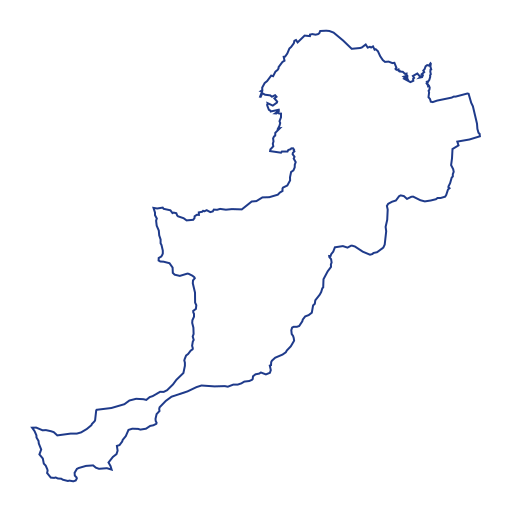 outline of Sadu, Sibiu, Romania
{"feature_id": "2599482B14009077199366", "entity_name": "Sadu", "entity_type": "district", "adm_level": 2, "iso_a3": "ROU", "parent_name": "Romania", "parent_adm1": "Sibiu", "projection": "robinson", "projection_center": [24.148, 45.645], "detail": "fine", "context": "isolated", "style": "outline", "palette": "blue", "viewbox_px": 512, "rotation_deg": 0, "n_neighbors": 0, "source": "geoboundaries", "source_scale": "gbopen_adm2", "svg_char_len": 5943}
<svg xmlns="http://www.w3.org/2000/svg" viewBox="0 0 512 512"><path d="M458.5,145.4L457.3,141.6L469.4,139.5L479.9,136.3L479.6,133.8L478.5,132.8L477.4,128.9L477.0,123.7L472.9,106.3L471.2,102.8L468.6,93.8L467.4,93.5L455.7,96.6L453.7,96.6L451.7,97.6L437.1,100.6L432.7,102.1L430.8,101.7L430.0,99.0L428.5,97.2L429.1,92.4L428.6,90.8L429.4,89.7L429.7,87.7L429.1,86.1L428.1,86.3L428.2,84.8L427.5,84.7L426.6,83.3L427.6,82.7L427.0,81.7L428.3,81.3L429.3,79.9L430.2,76.9L430.1,75.3L430.8,74.2L430.3,71.7L430.5,69.7L431.2,69.4L430.4,66.5L430.8,63.7L430.5,63.3L428.9,65.6L427.2,65.1L425.6,66.3L424.6,69.1L423.3,70.6L424.2,72.1L421.7,74.2L422.9,75.2L422.1,77.1L419.7,77.6L421.2,76.3L419.6,76.1L417.3,73.5L412.9,76.0L414.1,77.9L413.1,78.9L413.3,80.8L410.4,82.1L404.1,78.7L405.3,77.8L403.8,76.7L405.9,76.1L406.3,76.3L405.9,76.7L406.4,78.3L406.1,78.7L406.8,79.5L407.8,79.5L406.9,77.6L407.4,77.0L407.3,75.6L406.3,74.8L406.5,73.6L404.9,73.8L402.8,71.8L399.7,71.5L399.6,70.8L398.7,70.8L398.5,69.4L396.9,69.9L395.7,69.3L395.5,68.8L396.4,67.7L394.4,62.8L392.4,63.1L388.6,61.6L385.0,61.9L382.8,60.1L380.2,56.2L377.9,51.2L375.7,49.2L374.6,49.7L373.0,46.4L371.1,47.5L369.9,46.8L367.7,47.6L365.7,44.5L361.8,47.5L360.1,48.0L351.7,48.8L343.2,40.6L333.6,32.6L329.4,31.0L326.2,30.7L320.2,31.0L319.3,33.2L318.1,34.1L315.6,34.7L312.4,34.1L310.0,34.6L309.9,36.1L304.6,35.6L297.6,42.4L296.0,40.0L294.4,40.8L293.8,43.3L291.1,47.0L289.4,48.5L287.3,53.5L285.1,56.6L283.7,56.8L284.5,60.7L282.5,61.9L281.2,63.6L278.6,67.1L278.5,68.5L277.6,69.9L275.4,71.7L273.1,76.2L271.2,75.6L267.1,81.1L264.7,83.0L262.2,87.6L262.3,90.1L260.9,91.1L262.1,91.4L260.1,96.7L260.7,96.8L262.3,93.2L265.0,94.7L270.3,95.4L271.9,96.7L275.1,95.2L276.5,96.8L274.4,98.4L277.2,101.6L276.9,102.6L272.8,105.6L267.5,103.1L267.7,104.2L267.1,104.9L267.6,106.5L268.9,109.8L270.4,110.6L270.7,111.5L279.7,109.5L276.3,110.7L278.2,111.4L275.2,113.4L276.3,113.5L278.1,112.4L279.0,113.5L281.0,113.6L281.0,117.3L279.5,121.2L280.2,123.0L279.5,125.7L278.1,128.4L279.9,128.2L275.3,132.8L275.2,135.6L274.0,136.5L273.1,138.4L273.5,141.4L272.8,143.8L273.3,146.3L270.4,149.4L270.1,151.1L281.0,152.7L281.9,151.5L287.5,151.5L288.3,150.0L290.6,149.2L291.4,148.3L293.1,148.3L294.0,149.7L293.7,150.1L294.4,151.3L292.9,152.8L292.6,154.2L294.5,156.8L293.7,158.6L295.7,162.1L294.8,164.6L294.7,167.4L293.4,170.4L291.1,172.0L290.0,177.3L290.1,180.4L287.3,185.5L283.0,187.6L282.5,188.5L282.5,191.0L279.8,192.6L277.8,194.7L269.3,197.2L262.4,197.4L256.4,201.1L251.7,201.5L241.8,209.4L231.9,209.1L225.9,209.7L220.1,208.9L217.1,209.8L213.8,209.6L212.8,211.4L210.3,212.1L206.7,210.2L204.3,211.3L203.1,210.8L202.1,211.8L198.8,212.4L198.9,214.9L196.8,214.8L194.6,216.3L194.5,218.1L193.2,219.8L186.6,220.4L183.6,218.2L178.0,216.3L177.2,215.5L176.3,213.2L173.7,212.6L172.5,213.1L170.4,210.3L163.6,208.8L162.7,207.6L157.2,208.5L153.5,207.9L155.0,212.6L155.0,215.2L156.8,218.5L156.1,220.7L156.7,225.7L158.8,230.6L159.2,235.3L160.6,239.5L160.6,243.3L161.5,245.0L162.8,250.6L162.8,253.5L162.4,254.6L161.3,256.5L158.7,258.0L158.6,260.5L160.3,261.5L163.6,261.7L169.5,263.2L172.6,267.6L172.8,272.9L174.7,274.7L179.8,275.9L187.4,273.6L188.6,273.8L192.4,275.7L194.3,277.2L194.8,278.2L193.0,280.4L192.8,283.3L195.0,292.6L195.1,302.6L196.3,305.2L195.9,308.9L193.2,310.9L193.3,312.5L194.0,313.8L194.0,316.7L192.4,320.2L192.2,322.9L193.4,327.7L193.6,334.0L192.7,336.5L193.7,339.9L192.8,341.6L192.1,345.8L192.8,348.2L192.6,349.3L190.7,350.6L188.1,354.0L186.1,355.5L184.7,359.0L184.3,360.4L184.9,362.7L184.9,365.8L183.4,373.0L176.4,379.8L173.0,384.4L167.1,390.2L163.7,391.9L160.1,391.8L152.7,396.1L149.7,397.1L146.3,399.9L143.4,399.2L136.1,398.8L129.4,400.5L124.4,404.2L111.4,408.0L96.6,409.8L96.2,410.5L95.1,420.2L94.6,421.2L91.9,424.0L91.4,425.2L86.8,429.0L81.1,432.4L76.8,433.6L70.6,433.6L57.3,435.4L53.7,432.1L50.9,431.2L45.9,430.1L42.6,430.3L36.2,427.6L32.1,427.7L34.6,431.2L36.4,435.3L36.5,437.5L38.5,440.9L38.8,443.5L41.2,449.5L39.4,454.4L42.8,458.5L43.8,463.6L45.7,465.6L47.3,469.3L47.6,470.6L47.1,473.0L50.8,477.6L54.1,477.9L55.7,477.5L57.9,478.5L61.2,478.7L62.8,479.7L67.9,481.0L69.4,480.6L73.3,481.3L75.7,480.5L76.8,478.5L76.6,477.5L74.8,475.6L74.6,472.8L76.9,468.9L78.7,468.0L86.0,465.9L93.1,465.4L95.9,467.7L99.0,468.8L106.9,468.2L111.6,469.6L110.5,466.0L108.5,462.5L112.9,456.9L116.5,454.1L117.6,450.7L116.9,445.9L119.5,445.1L122.2,441.5L122.7,439.9L125.8,436.1L128.5,429.9L132.3,428.7L138.1,428.9L140.4,429.6L146.0,428.7L150.2,425.9L153.3,425.3L156.3,423.8L156.6,422.8L155.7,421.0L155.5,418.9L156.6,414.1L159.5,411.0L159.2,409.0L159.6,407.3L165.8,400.9L171.5,396.7L187.5,391.4L196.5,387.1L201.5,385.5L214.5,386.4L224.8,386.1L227.8,386.7L233.3,384.6L237.7,384.6L241.3,383.4L244.3,381.6L249.3,381.0L252.0,379.8L252.7,379.0L253.0,376.3L255.5,374.3L259.2,373.6L260.9,372.5L265.9,374.4L269.9,372.8L270.8,370.1L269.8,365.6L271.0,365.2L271.2,362.1L271.9,360.7L275.2,357.7L282.5,354.6L285.8,352.3L286.8,350.5L290.8,346.3L293.7,341.4L294.1,340.6L293.7,337.9L293.1,336.0L291.7,334.0L291.3,330.2L292.1,327.6L293.6,326.8L296.9,326.8L299.2,326.0L302.3,321.3L302.8,319.5L305.2,316.4L308.7,315.1L311.8,312.7L313.1,305.4L314.8,303.8L315.3,300.3L319.7,294.7L321.2,292.0L322.3,288.3L323.2,287.4L323.5,279.2L327.7,271.3L331.0,266.9L330.9,264.4L331.6,262.5L331.1,259.2L329.3,257.0L329.2,256.0L330.5,256.1L331.3,254.0L333.2,251.7L334.9,247.3L342.9,246.1L347.5,247.6L351.1,245.7L352.2,245.7L354.9,246.5L362.8,251.7L370.0,254.7L372.5,254.0L373.4,253.0L377.1,252.2L383.3,247.6L384.7,244.6L386.2,231.3L385.6,226.9L387.2,219.9L387.7,209.6L386.9,205.9L388.2,203.8L392.1,201.7L395.9,200.5L399.1,196.2L400.7,195.4L403.9,196.1L407.0,198.9L411.3,196.8L413.1,196.6L420.3,200.2L424.8,201.4L430.7,200.5L436.0,199.2L437.5,198.0L440.6,198.0L445.1,196.7L446.2,195.0L448.0,189.5L449.5,188.2L448.4,187.2L448.5,186.4L450.1,183.2L451.7,177.6L452.8,176.5L452.8,174.2L453.7,171.8L453.2,169.2L451.1,165.1L452.0,158.4L452.5,149.0L458.5,145.4Z" fill="none" stroke="#1e3a8a" stroke-width="2"/></svg>